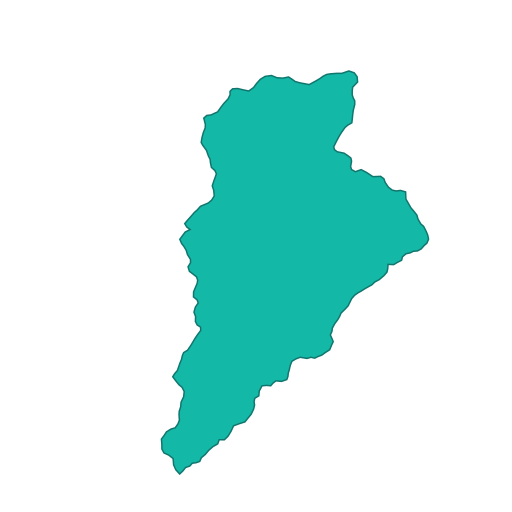 outline of Jaupaci, Goiás, Brazil, rotated 243°
{"feature_id": "56859067B98369159462122", "entity_name": "Jaupaci", "entity_type": "district", "adm_level": 2, "iso_a3": "BRA", "parent_name": "Brazil", "parent_adm1": "Goiás", "projection": "natural_earth1", "projection_center": [-51.067, -16.171], "detail": "fine", "context": "isolated", "style": "filled", "palette": "teal", "viewbox_px": 512, "rotation_deg": 243, "n_neighbors": 0, "source": "geoboundaries", "source_scale": "gbopen_adm2", "svg_char_len": 3248}
<svg xmlns="http://www.w3.org/2000/svg" viewBox="0 0 512 512"><g transform="rotate(243 256 256)"><path d="M192.7,417.4L196.7,418.5L200.8,418.8L206.4,418.8L209.7,417.4L215.3,417.1L219.4,417.9L223.6,417.1L228.6,415.9L233.3,415.7L238.6,415.4L245.2,418.4L248.9,414.4L250.2,410.6L252.8,407.3L257.3,405.2L262.9,404.5L266.8,405.0L270.4,403.2L273.6,396.2L280.3,392.4L285.2,388.9L286.0,382.8L289.6,380.4L292.7,380.9L297.1,384.2L300.2,385.0L303.2,383.6L307.6,381.2L312.0,375.7L315.1,374.2L318.0,374.8L321.5,379.5L325.0,384.5L327.3,388.3L330.1,393.7L330.9,397.0L331.2,401.9L335.0,404.4L338.6,406.7L341.6,408.8L346.2,412.8L349.4,414.4L352.8,414.4L355.9,414.9L359.2,416.6L362.5,418.7L364.9,425.5L369.9,427.5L374.6,426.7L378.7,422.8L379.8,415.3L382.0,411.1L384.6,404.8L385.7,401.3L385.7,397.3L385.1,393.6L384.8,388.8L384.6,381.2L390.3,373.8L393.7,370.1L396.7,368.6L400.7,366.3L402.3,360.7L405.3,355.6L409.8,351.7L411.9,345.7L411.5,340.1L409.5,334.9L407.2,330.3L406.3,324.5L409.7,320.2L413.6,315.6L415.6,311.0L414.5,307.6L411.4,306.1L408.7,302.5L406.4,296.3L404.3,291.9L401.8,287.2L402.0,283.6L402.1,280.0L403.6,275.9L402.6,272.1L396.2,270.6L393.1,268.8L390.0,265.2L386.0,261.6L382.0,258.7L379.0,258.8L372.6,259.8L366.6,259.0L363.0,259.0L359.6,257.7L355.2,256.5L350.7,258.2L347.2,258.0L344.5,255.2L342.3,252.8L338.4,248.9L333.6,248.1L328.4,246.0L325.9,241.8L324.9,237.6L325.2,233.3L325.5,229.1L323.7,224.5L322.8,220.9L321.0,216.5L318.8,210.8L317.2,207.2L313.2,207.5L309.5,209.3L309.5,203.8L307.0,198.7L305.5,195.7L301.0,195.4L297.3,196.1L292.7,196.4L288.4,195.6L282.8,196.1L279.7,194.6L277.2,190.5L272.6,189.7L264.6,193.5L261.0,193.1L258.3,191.1L252.4,184.1L247.9,181.7L243.7,183.6L240.4,183.2L238.0,178.8L234.1,175.2L229.5,174.7L225.2,172.3L221.2,172.3L217.9,174.3L214.8,173.0L212.6,168.5L210.3,164.3L206.0,157.5L203.1,152.2L202.8,147.7L200.6,145.1L197.7,142.7L195.0,139.5L189.7,134.0L188.0,129.9L186.2,127.0L181.5,127.8L176.3,128.9L172.6,130.5L167.8,130.5L163.4,127.6L159.7,122.8L155.9,120.5L152.5,117.1L149.6,115.4L144.5,113.2L141.8,110.2L139.6,106.0L140.4,101.7L140.0,96.5L137.8,92.7L135.8,88.6L131.1,86.7L126.7,84.5L122.3,84.6L118.3,87.8L113.2,90.2L107.4,87.8L102.0,87.5L96.4,89.0L97.7,93.3L99.5,97.2L98.9,101.7L100.3,105.1L99.0,108.8L98.5,112.6L101.1,115.8L102.2,120.7L104.3,125.6L105.7,131.0L106.0,136.6L109.0,139.8L106.6,144.4L108.1,149.2L111.1,154.1L114.9,158.9L114.2,164.8L113.2,170.8L115.3,175.5L117.2,179.8L120.6,184.3L123.9,187.1L126.8,188.0L129.8,190.3L130.1,195.0L134.2,197.6L137.6,202.4L135.9,206.7L133.7,210.2L135.0,213.4L135.7,217.1L132.7,221.8L131.9,227.3L134.1,229.7L137.0,231.6L139.4,233.9L142.9,236.8L145.9,240.2L146.2,244.7L145.7,249.4L141.6,254.9L140.8,259.0L138.3,262.0L138.3,265.6L137.8,269.5L138.5,273.8L139.0,279.1L142.3,282.9L144.6,285.9L147.9,286.2L151.9,286.4L154.4,289.5L157.1,291.3L160.1,295.7L162.1,299.8L164.0,302.8L166.5,305.8L168.3,311.5L169.8,315.5L171.9,318.3L174.6,321.9L176.3,326.2L176.9,330.3L177.0,333.9L177.4,337.8L177.6,342.3L177.7,346.1L178.9,350.0L179.0,355.1L180.4,361.0L182.2,365.4L185.0,367.7L188.6,369.8L185.8,374.8L186.1,378.7L186.1,383.8L188.8,386.1L189.9,390.7L188.8,394.7L188.8,398.3L187.2,402.2L187.3,406.3L188.9,410.4L189.9,414.2L192.7,417.4Z" fill="#14b8a6" stroke="#0f766e" stroke-width="1.5"/></g></svg>